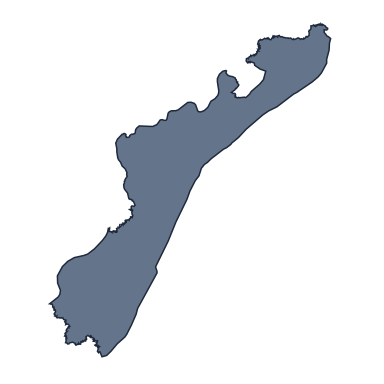 Tha Uthen, Nakhon Phanom, Thailand, rotated 85°
{"feature_id": "78962969B23223373784889", "entity_name": "Tha Uthen", "entity_type": "district", "adm_level": 2, "iso_a3": "THA", "parent_name": "Thailand", "parent_adm1": "Nakhon Phanom", "projection": "mercator", "projection_center": [104.479, 17.636], "detail": "fine", "context": "isolated", "style": "filled", "palette": "slate", "viewbox_px": 384, "rotation_deg": 85, "n_neighbors": 0, "source": "geoboundaries", "source_scale": "gbopen_adm2", "svg_char_len": 5884}
<svg xmlns="http://www.w3.org/2000/svg" viewBox="0 0 384 384"><g transform="rotate(85 192 192)"><path d="M50.5,113.7L51.5,112.7L51.2,112.4L51.7,112.5L52.1,111.9L52.4,113.2L53.6,113.0L53.1,112.7L53.3,111.7L54.5,111.5L54.5,112.1L55.5,112.2L55.5,113.8L55.9,113.4L56.6,114.1L57.3,113.5L57.1,114.4L58.2,114.8L58.1,115.2L59.3,115.2L59.9,116.3L60.6,116.1L60.5,117.6L61.1,117.2L61.7,117.9L60.9,118.6L61.0,119.3L61.5,119.4L61.1,121.2L61.8,121.4L61.4,121.7L62.0,121.8L62.3,123.2L64.2,124.3L63.5,125.0L64.0,126.2L66.3,126.6L68.3,125.3L68.1,124.5L67.6,124.8L67.1,124.3L67.9,123.3L67.1,123.3L66.9,122.8L67.8,122.2L67.5,121.8L69.0,118.7L71.3,118.5L75.5,113.4L78.0,108.0L86.3,111.0L90.4,115.1L97.1,124.3L99.3,125.9L102.1,129.3L102.6,130.7L102.1,131.4L102.2,136.7L101.8,137.6L102.2,138.7L101.1,140.7L100.5,140.2L99.9,140.8L99.1,140.1L98.0,140.3L97.5,140.8L97.4,142.2L96.2,144.1L94.0,140.4L92.6,139.4L92.8,139.0L90.4,136.6L89.4,136.0L87.6,137.2L86.4,137.0L86.5,137.9L84.1,138.1L83.6,138.7L82.2,139.0L80.7,141.3L79.7,144.7L78.2,146.7L76.3,147.8L74.4,147.1L73.9,147.7L74.4,150.9L77.1,154.4L81.2,156.8L84.3,157.1L93.5,156.5L95.9,156.9L98.1,157.9L101.1,161.0L103.3,165.3L109.0,168.8L111.9,172.6L113.0,176.1L112.6,178.5L111.3,179.3L105.5,180.8L103.9,182.0L102.5,185.2L102.4,188.4L108.9,198.5L109.6,200.9L109.3,205.6L110.4,208.0L111.4,208.9L117.3,210.7L118.3,211.7L118.3,213.1L117.3,215.5L117.5,217.4L121.8,221.1L123.3,225.5L121.6,238.8L123.4,241.4L125.0,242.7L128.6,243.6L129.2,245.1L129.2,247.2L130.3,249.1L131.5,249.4L132.0,250.9L131.8,252.6L130.8,252.6L130.1,253.4L128.9,252.8L127.9,253.9L127.9,255.1L128.6,256.0L128.4,256.6L132.9,261.7L136.7,263.7L142.5,263.1L145.5,263.4L151.5,263.0L153.6,262.3L156.1,260.6L160.1,259.3L163.0,256.6L167.1,255.1L169.3,255.6L170.6,255.1L173.7,257.6L175.1,257.8L175.4,258.5L177.2,258.5L178.5,259.4L181.6,259.4L183.4,258.9L187.4,256.3L193.1,255.5L193.9,254.7L193.8,253.6L194.5,253.2L194.9,252.1L195.6,252.3L196.3,251.1L200.2,249.9L201.2,250.8L200.6,253.1L201.6,254.0L202.7,253.7L203.9,254.4L204.0,255.6L205.1,254.3L204.5,253.2L204.9,252.7L206.8,253.7L209.2,253.6L210.2,253.0L212.2,253.8L211.3,254.8L211.4,255.3L212.9,255.5L213.3,256.7L214.7,257.2L214.2,257.7L214.3,260.7L214.9,261.2L215.6,260.7L215.7,260.0L216.5,260.2L216.3,261.1L217.3,261.4L217.1,261.9L217.8,262.1L217.0,263.4L218.8,263.6L218.0,264.3L218.1,265.2L218.5,264.4L218.6,264.9L220.4,266.2L220.3,266.9L219.6,267.1L221.2,267.6L220.7,268.7L221.5,268.8L221.8,270.3L223.5,270.0L224.0,270.9L224.9,270.3L225.0,271.0L225.5,270.9L225.4,271.8L224.3,272.0L223.9,273.5L224.6,273.5L224.3,274.2L224.8,274.7L224.6,275.7L225.1,275.5L224.0,277.1L224.1,277.8L222.2,277.9L221.8,277.3L220.7,277.2L221.1,277.7L220.9,278.5L224.8,279.6L228.2,281.6L232.4,285.4L240.2,294.2L244.8,301.4L245.8,305.2L247.1,315.0L250.2,321.7L254.9,327.5L263.8,333.4L271.1,333.8L278.5,331.6L282.4,332.6L284.9,334.4L290.9,343.5L291.1,342.3L291.5,342.2L291.4,341.4L292.4,340.7L294.4,340.8L294.7,339.6L295.5,340.0L295.7,339.5L296.3,339.6L295.9,339.1L296.7,339.6L297.5,338.6L297.9,339.1L298.1,338.6L299.4,338.3L301.2,339.8L301.7,339.4L302.2,339.8L303.0,338.8L302.8,338.3L303.6,339.2L303.7,338.5L304.2,338.3L304.0,337.8L304.4,338.1L305.4,337.5L305.6,338.0L305.5,335.6L306.1,334.4L305.8,333.4L306.3,332.6L306.0,331.7L307.8,331.0L308.7,328.7L309.7,329.0L309.9,330.0L311.5,329.5L311.7,328.7L313.1,329.3L312.7,328.0L313.2,326.6L315.2,325.5L315.4,326.7L316.4,326.5L316.1,327.3L317.5,328.2L317.5,328.6L318.9,329.4L320.1,329.1L320.1,328.7L321.4,330.4L322.1,330.1L322.2,330.8L323.3,330.5L323.8,331.0L324.3,330.1L324.6,330.7L324.8,329.8L326.0,329.6L325.8,330.2L327.1,329.7L327.4,330.5L329.2,330.3L331.1,331.1L331.7,329.5L332.5,329.2L332.6,327.9L331.7,327.3L331.2,324.1L332.7,321.4L333.4,321.7L334.3,321.1L334.0,320.7L334.3,320.2L333.6,319.2L333.8,318.4L332.6,318.1L333.8,317.2L333.9,316.3L331.3,315.6L331.3,314.5L331.9,314.5L331.7,313.6L331.0,313.6L331.5,313.0L330.3,311.9L331.2,311.3L331.0,310.8L329.7,310.7L329.6,309.9L328.8,309.8L328.1,310.0L328.1,311.0L327.9,310.2L327.0,310.3L325.8,308.2L327.8,305.9L326.4,305.6L327.0,304.6L328.1,305.2L328.9,303.0L329.7,302.9L329.6,302.2L330.0,302.2L330.5,303.3L331.0,302.3L332.1,303.2L332.3,302.0L331.5,301.5L332.2,300.4L331.8,299.5L332.2,299.0L334.0,299.8L333.9,300.5L335.3,300.1L336.1,302.1L336.9,301.4L336.8,298.7L337.6,298.7L337.9,297.6L338.3,298.0L337.9,299.8L339.6,299.0L342.6,300.1L344.0,299.0L343.2,298.5L343.1,297.7L348.3,296.0L347.4,291.3L343.7,286.7L336.7,279.7L330.6,271.5L327.9,269.3L319.3,264.0L309.1,258.4L303.2,256.3L269.6,233.9L267.8,233.8L263.6,234.8L262.0,234.0L238.8,220.0L220.2,210.5L198.9,197.7L190.9,194.0L181.0,187.8L176.6,183.7L169.2,180.6L165.6,177.2L163.9,174.1L160.5,170.0L152.1,156.9L150.8,153.6L148.0,149.2L146.8,148.3L141.8,141.0L134.2,132.6L121.4,114.8L117.9,108.6L114.5,99.9L103.2,82.1L101.8,78.7L92.8,62.6L88.3,56.3L84.8,52.8L75.4,46.6L71.6,46.3L62.7,43.1L55.7,42.1L51.2,40.5L49.0,42.8L48.8,43.6L44.5,46.4L41.9,46.2L42.4,43.7L41.3,42.5L40.6,42.7L39.4,44.3L38.5,44.5L36.3,47.5L37.0,47.7L36.6,48.1L36.9,48.4L36.4,48.7L36.8,48.7L36.3,49.7L36.8,49.6L36.7,50.5L36.4,50.7L35.9,50.2L35.7,50.8L36.2,51.5L36.6,51.4L36.5,52.2L35.8,52.8L36.3,52.5L36.3,53.0L37.2,53.2L37.7,54.2L37.0,54.1L37.3,55.4L36.7,55.1L36.8,55.7L36.2,56.3L36.9,57.7L36.8,59.0L39.8,59.3L40.9,60.2L41.1,61.1L42.2,61.7L43.5,61.4L46.1,61.7L47.7,63.7L47.0,64.7L49.1,66.4L48.5,67.4L49.5,67.9L48.9,69.6L49.4,70.8L48.8,71.0L47.7,72.8L48.9,76.1L49.0,76.8L48.3,77.3L48.9,77.7L48.8,78.5L47.2,80.3L47.4,82.2L46.8,82.9L47.0,83.9L45.9,87.2L46.1,87.6L45.0,88.9L45.2,90.4L43.6,91.5L44.0,92.9L45.1,93.2L44.2,94.0L44.3,95.0L43.8,95.9L44.8,96.3L44.0,97.0L45.0,97.4L44.0,97.8L44.8,98.2L45.5,97.9L45.4,98.7L47.2,100.2L46.9,101.3L45.5,102.2L46.1,102.8L45.8,104.2L45.3,103.9L45.8,105.6L45.2,106.2L46.5,108.5L46.5,109.8L46.1,110.2L46.4,110.4L45.8,110.8L47.0,110.7L46.3,111.1L47.3,112.5L50.5,113.7Z" fill="#64748b" stroke="#1e293b" stroke-width="1.5"/></g></svg>